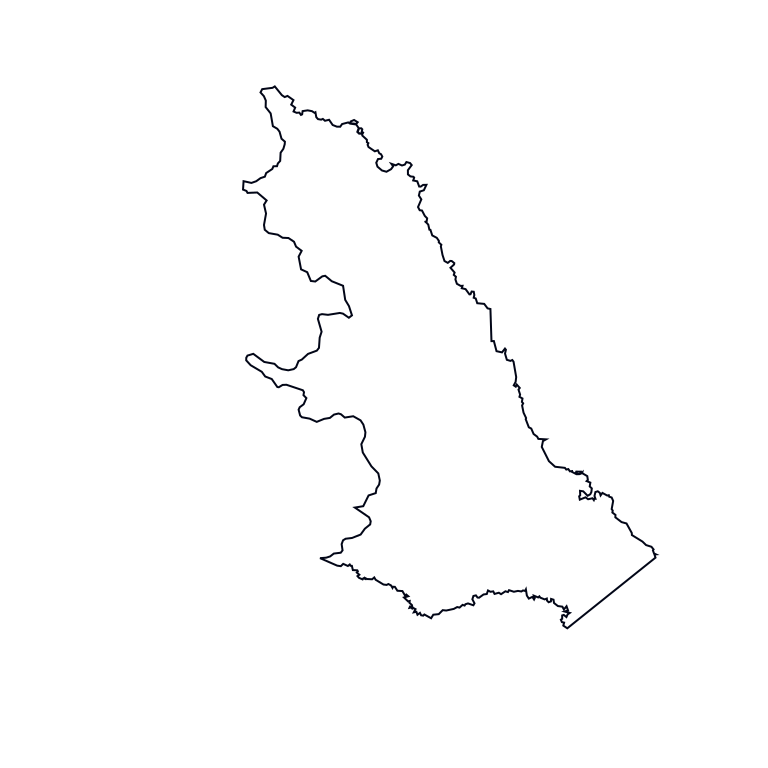 the district of Santa Isabel, Colón, Panama, rotated 51°
{"feature_id": "35544464B42608984184173", "entity_name": "Santa Isabel", "entity_type": "district", "adm_level": 2, "iso_a3": "PAN", "parent_name": "Panama", "parent_adm1": "Colón", "projection": "albers", "projection_center": [-79.323, 9.476], "detail": "fine", "context": "isolated", "style": "outline", "palette": "ink", "viewbox_px": 768, "rotation_deg": 51, "n_neighbors": 0, "source": "geoboundaries", "source_scale": "gbopen_adm2", "svg_char_len": 6146}
<svg xmlns="http://www.w3.org/2000/svg" viewBox="0 0 768 768"><g transform="rotate(51 384 384)"><path d="M689.2,395.3L689.8,282.3L686.7,281.1L687.5,279.9L685.6,280.8L682.5,279.7L682.2,278.6L678.8,278.6L674.1,281.7L669.1,282.3L657.4,286.4L655.7,285.2L645.0,283.3L640.8,286.3L633.2,288.1L631.4,286.5L627.6,287.4L626.3,285.9L624.5,285.8L619.1,279.5L615.5,278.5L613.3,279.9L611.9,279.3L611.2,280.7L606.1,282.8L606.9,285.8L604.4,284.8L601.9,285.4L601.0,287.7L603.5,290.9L606.3,291.9L605.6,292.8L606.3,294.0L604.0,293.9L602.0,297.9L598.9,298.7L597.1,304.6L594.1,303.0L593.9,301.5L590.4,298.9L592.8,296.7L599.0,296.1L599.5,293.1L598.5,290.9L595.9,288.2L593.1,288.6L590.5,285.7L587.0,287.6L586.8,285.9L583.5,284.0L578.0,286.1L577.5,285.5L577.6,287.2L577.1,288.8L575.2,291.2L570.6,293.2L570.0,292.7L568.9,294.5L566.1,294.3L565.2,296.2L563.0,296.2L556.0,303.1L547.8,304.4L532.2,301.0L528.4,296.4L529.0,292.9L523.8,298.6L521.3,298.1L517.0,299.2L511.3,297.6L508.8,298.7L500.5,296.0L499.9,295.0L494.1,293.6L487.6,290.2L486.6,288.0L484.7,288.1L482.4,285.5L479.2,286.8L477.9,284.9L473.0,283.0L472.5,281.0L468.0,281.2L469.0,283.3L466.7,284.0L465.2,280.4L461.8,276.9L448.2,269.3L446.1,269.2L445.6,271.2L442.5,273.3L436.5,270.8L434.1,267.7L432.6,267.7L433.7,272.4L429.3,275.9L419.8,271.6L418.3,273.5L392.7,254.1L390.4,255.9L384.8,255.7L379.9,260.7L375.3,258.9L373.4,260.0L371.7,257.8L368.8,256.2L367.3,257.7L368.7,260.3L368.1,261.2L361.6,260.9L358.5,263.3L357.1,261.2L356.0,262.7L352.0,264.3L347.7,262.7L345.9,260.6L343.1,261.1L341.8,259.0L335.5,259.2L335.2,254.3L334.3,253.3L331.0,254.0L330.0,255.1L330.0,258.2L326.5,259.6L320.5,257.3L312.8,253.2L311.9,251.8L308.4,252.3L307.4,251.3L303.6,251.0L298.9,253.0L293.4,250.9L292.6,251.6L288.0,249.3L284.3,249.5L284.1,250.5L283.9,249.7L284.7,248.8L282.4,246.2L279.0,246.5L273.1,245.3L271.4,246.9L267.9,246.2L264.0,238.8L259.5,238.3L257.0,235.1L258.5,231.1L255.9,225.7L253.9,228.3L253.7,231.2L252.7,232.4L247.4,230.6L244.2,233.2L242.6,230.7L241.5,230.7L239.3,232.8L236.2,233.5L232.9,230.9L231.3,224.7L228.7,224.7L225.6,226.9L226.6,229.7L225.5,232.5L222.0,234.3L221.5,237.2L217.5,239.7L220.6,239.9L221.5,243.3L220.6,248.5L216.8,251.2L211.0,252.3L207.2,250.8L205.4,247.1L207.2,244.4L206.2,242.2L203.6,241.7L201.7,242.5L198.5,241.7L197.4,244.7L190.1,246.9L187.8,246.2L187.0,244.6L185.3,245.1L183.4,243.6L177.3,244.5L175.6,243.6L173.8,245.8L171.3,246.1L169.2,242.6L164.8,242.3L160.3,246.5L158.2,247.2L155.6,253.0L156.5,256.1L154.3,258.7L150.4,260.9L144.1,260.4L142.3,264.2L139.5,264.7L139.0,266.5L136.6,268.6L134.0,268.7L129.7,266.3L129.6,267.3L126.6,268.3L123.3,271.1L120.7,275.5L122.9,277.9L122.6,279.2L119.8,279.0L118.2,281.3L115.3,282.8L113.3,279.1L108.5,280.3L106.4,275.7L99.4,277.7L98.5,280.6L95.3,281.6L84.0,281.6L83.7,284.2L78.2,293.1L79.7,296.5L84.7,296.2L89.4,297.5L94.3,301.7L102.4,301.8L113.7,308.1L118.5,306.3L122.2,306.4L128.9,309.3L133.3,308.5L135.2,310.3L137.9,314.2L139.2,318.8L145.3,324.3L145.8,327.7L147.4,330.1L145.2,332.9L146.6,335.5L145.9,342.8L147.9,346.1L146.3,350.4L146.0,355.7L144.3,360.5L138.0,365.5L144.2,371.2L147.4,369.4L149.6,369.8L155.4,362.0L167.5,359.7L169.1,364.4L177.3,368.4L184.9,377.2L189.1,379.6L194.2,378.6L201.1,372.6L206.5,370.8L210.4,366.4L216.8,364.4L221.9,365.9L228.7,364.2L231.3,370.2L242.7,376.3L248.8,373.3L257.9,376.0L261.1,372.9L261.5,364.2L262.9,361.6L271.3,359.9L281.9,354.0L294.2,361.2L301.4,362.2L310.5,365.7L310.4,369.6L303.5,371.6L301.0,373.6L295.0,384.0L290.7,388.2L289.5,390.9L291.8,394.4L304.1,399.6L307.5,404.8L315.0,411.8L315.8,415.2L312.8,424.1L313.3,432.5L312.4,436.0L315.6,441.8L315.6,444.8L313.1,449.8L308.3,453.9L304.5,455.8L299.4,456.4L291.5,463.2L278.3,466.6L276.0,472.2L276.9,474.5L278.9,476.2L285.5,475.8L297.6,471.3L303.4,471.6L309.5,468.1L319.2,468.8L320.3,467.8L320.9,463.4L323.2,460.3L337.8,451.0L340.0,451.3L342.0,453.6L346.1,453.2L349.2,459.2L349.0,464.1L350.2,466.5L355.7,469.0L358.2,468.7L364.1,463.6L371.1,460.1L373.4,452.5L376.3,447.4L376.3,442.1L378.3,437.9L380.4,436.5L385.4,435.6L389.7,428.2L397.5,425.1L402.6,425.6L409.8,428.8L413.0,432.0L416.5,439.5L423.9,443.6L440.1,445.6L449.9,444.7L456.4,448.0L459.1,451.1L460.5,455.6L463.6,459.1L460.9,466.1L465.9,477.0L461.7,484.4L478.2,479.5L482.3,480.7L484.4,483.1L484.4,489.9L486.3,496.9L483.5,505.8L480.1,511.2L479.7,514.2L481.8,517.7L487.2,520.9L487.9,523.8L484.2,529.7L484.1,534.4L482.6,538.2L479.1,543.3L495.7,534.7L498.4,532.2L498.1,528.9L502.7,526.6L502.7,524.2L504.2,524.4L505.1,523.4L509.0,525.3L512.0,522.0L513.1,522.2L513.4,523.8L516.7,523.2L516.6,525.5L518.9,525.4L522.4,523.6L522.0,522.2L523.6,521.3L522.9,520.8L524.9,519.9L528.3,516.1L528.2,513.3L530.9,513.7L539.5,510.6L541.8,508.4L542.2,506.5L544.9,505.3L547.8,505.7L547.2,504.6L548.5,503.2L553.1,503.7L556.5,500.0L562.2,500.9L561.7,499.2L564.2,498.7L562.5,502.8L568.1,502.1L568.8,500.6L570.0,501.9L573.3,501.4L575.0,502.2L573.3,503.8L574.0,505.1L574.8,503.5L576.4,503.4L576.7,502.1L578.8,501.2L580.2,504.5L581.4,502.2L584.4,503.2L584.5,500.1L587.1,500.7L588.7,499.3L588.5,497.7L595.7,494.8L594.3,490.9L597.3,486.3L596.7,480.7L599.2,478.2L602.7,471.3L603.4,467.5L605.3,466.0L605.1,461.9L606.9,460.8L606.4,459.3L607.4,456.8L612.2,453.8L611.4,451.7L606.9,450.8L605.0,447.9L606.1,445.6L608.8,445.7L609.9,444.6L610.2,439.1L611.9,436.3L609.9,433.1L612.5,432.0L613.9,429.6L616.7,430.2L618.5,426.1L621.0,425.3L621.5,420.1L623.7,418.6L622.9,416.6L627.2,413.8L629.1,410.1L631.7,407.8L631.9,405.9L633.6,404.6L632.9,403.0L638.3,406.1L641.9,406.5L642.8,402.7L645.9,403.0L645.2,401.5L642.9,400.7L646.9,398.5L646.8,396.9L648.4,397.0L652.5,394.7L653.2,392.5L654.9,393.6L657.2,393.4L658.0,391.1L656.2,389.4L658.3,388.0L661.2,389.7L666.0,388.6L669.3,385.5L672.4,386.1L671.6,382.0L675.8,383.5L674.5,386.8L678.8,383.7L678.6,386.3L679.9,388.9L676.6,389.6L676.0,391.2L678.6,393.3L678.5,394.9L681.0,395.6L682.8,394.2L684.6,396.7L689.2,395.3ZM164.0,239.7L160.0,241.1L159.0,244.7L159.9,246.3L164.4,241.9L164.0,239.7ZM172.4,240.6L171.1,240.7L169.6,242.5L171.6,245.9L173.7,245.4L175.9,242.9L175.5,242.0L173.9,242.5L172.4,240.6ZM576.5,289.4L577.5,287.0L576.1,286.1L573.1,289.7L573.9,291.2L576.5,289.4Z" fill="none" stroke="#020617" stroke-width="2"/></g></svg>